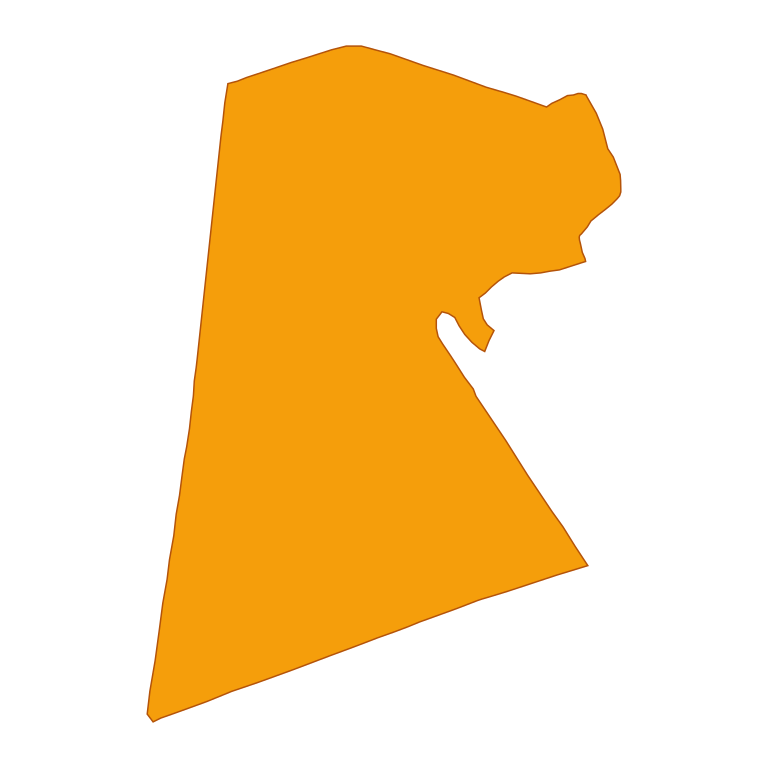 Kerbela, Karbala', Iraq (Natural Earth projection)
{"feature_id": "34846034B5988963618925", "entity_name": "Kerbela", "entity_type": "district", "adm_level": 2, "iso_a3": "IRQ", "parent_name": "Iraq", "parent_adm1": "Karbala'", "projection": "natural_earth1", "projection_center": [44.024, 32.498], "detail": "fine", "context": "isolated", "style": "filled", "palette": "amber", "viewbox_px": 768, "rotation_deg": 0, "n_neighbors": 0, "source": "geoboundaries", "source_scale": "gbopen_adm2", "svg_char_len": 1785}
<svg xmlns="http://www.w3.org/2000/svg" viewBox="0 0 768 768"><path d="M147.2,714.1L153.1,721.9L160.7,718.1L173.8,713.5L206.9,701.5L231.6,691.4L258.6,682.2L292.8,669.8L330.3,655.6L356.5,645.9L377.9,637.7L394.8,631.7L408.3,626.6L419.2,622.1L456.3,608.7L477.6,600.5L481.8,599.1L489.6,596.8L507.6,591.3L556.4,575.2L587.8,565.6L575.2,546.5L563.0,526.9L552.0,511.6L527.6,475.2L505.8,440.6L476.0,396.3L473.3,389.0L464.4,377.3L456.6,365.0L453.3,359.9L449.8,354.6L442.7,344.1L438.1,336.7L436.3,328.4L436.3,319.2L442.0,311.8L448.4,313.5L454.8,317.5L459.1,325.8L464.8,334.5L471.9,342.3L479.7,348.9L484.7,351.5L489.0,340.6L494.0,330.6L487.2,324.9L483.3,318.8L481.5,310.5L479.2,298.6L479.0,297.8L485.4,293.0L491.5,286.9L498.2,281.2L504.3,276.9L512.1,272.9L522.1,273.4L530.2,273.8L540.6,272.9L549.8,271.2L559.4,269.9L569.0,266.8L581.1,262.9L585.6,261.5L585.0,258.6L582.3,252.4L580.4,243.6L579.5,240.1L579.2,237.2L579.7,235.4L581.4,233.9L587.3,226.9L590.9,221.0L598.6,214.6L605.5,209.3L612.0,204.0L617.2,198.7L619.6,195.8L620.8,192.0L620.8,189.1L620.6,180.5L620.1,174.4L613.3,157.1L607.8,148.8L602.7,129.0L596.3,113.3L586.5,96.1L586.1,95.0L581.4,93.5L578.0,93.5L573.4,95.0L567.4,95.6L559.8,99.7L551.7,103.4L546.6,107.0L542.3,105.5L535.1,102.9L516.0,96.1L502.4,91.9L498.4,90.8L486.1,87.2L453.6,75.1L434.0,68.9L423.0,65.4L390.5,53.9L374.7,49.7L361.4,46.1L354.0,46.1L346.2,46.1L331.9,49.7L307.2,57.6L291.5,62.4L271.8,69.1L257.5,73.9L246.6,77.5L237.3,81.2L227.9,83.6L224.8,102.9L222.9,120.9L221.0,136.0L197.2,358.8L196.2,367.5L194.3,380.9L193.5,394.3L193.3,396.6L191.4,411.2L189.5,428.6L186.7,446.7L184.3,458.9L181.9,476.9L179.5,495.6L176.2,514.2L173.8,535.7L169.5,559.6L167.1,579.4L162.8,603.2L159.4,629.4L155.1,660.9L149.9,691.1L147.2,714.1Z" fill="#f59e0b" stroke="#b45309" stroke-width="1.5"/></svg>